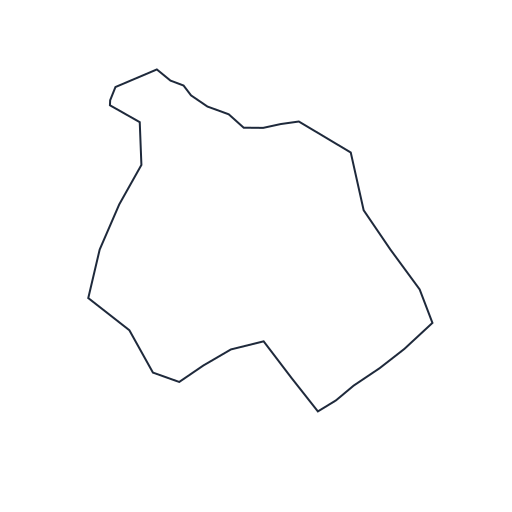 outline of Daşkəsən, rotated 109°
{"feature_id": "AZE-1677", "entity_name": "Daşkəsən", "entity_type": "District", "adm_level": 1, "iso_a3": "AZE", "parent_name": "Azerbaijan", "parent_adm1": "", "projection": "orthographic", "projection_center": [45.99, 40.464], "detail": "fine", "context": "isolated", "style": "outline", "palette": "slate", "viewbox_px": 512, "rotation_deg": 109, "n_neighbors": 0, "source": "natural_earth", "source_scale": "10m", "svg_char_len": 607}
<svg xmlns="http://www.w3.org/2000/svg" viewBox="0 0 512 512"><g transform="rotate(109 256 256)"><path d="M156.2,444.6L142.0,443.9L111.9,410.5L118.0,394.0L118.4,380.0L125.3,369.7L130.5,350.6L130.9,327.9L138.7,309.4L132.5,290.9L123.2,275.6L114.9,259.3L127.3,200.1L177.7,169.1L206.1,131.1L234.3,90.4L261.8,67.4L295.6,85.5L321.7,102.5L346.8,121.5L366.5,133.4L382.8,146.9L359.7,182.8L334.2,221.0L352.5,249.3L376.5,270.0L400.1,287.6L399.8,315.5L367.4,351.6L350.4,400.9L300.8,405.9L251.7,402.1L207.2,394.0L167.3,409.5L161.1,442.9L161.0,443.2L156.2,444.6Z" fill="none" stroke="#1e293b" stroke-width="2"/></g></svg>